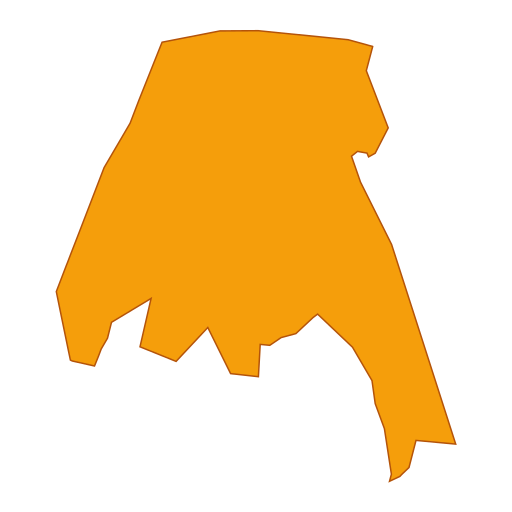 the district of Miquihuana, Tamaulipas, Mexico
{"feature_id": "50627088B38800884895264", "entity_name": "Miquihuana", "entity_type": "district", "adm_level": 2, "iso_a3": "MEX", "parent_name": "Mexico", "parent_adm1": "Tamaulipas", "projection": "albers", "projection_center": [-99.777, 23.588], "detail": "fine", "context": "isolated", "style": "filled", "palette": "amber", "viewbox_px": 512, "rotation_deg": 0, "n_neighbors": 0, "source": "geoboundaries", "source_scale": "gbopen_adm2", "svg_char_len": 933}
<svg xmlns="http://www.w3.org/2000/svg" viewBox="0 0 512 512"><path d="M138.8,100.5L130.1,123.2L122.1,136.9L104.1,167.6L79.7,231.0L71.2,252.9L67.1,263.6L66.9,264.0L56.3,291.6L60.2,310.7L68.4,350.6L70.4,360.1L72.3,361.0L94.5,366.0L98.4,356.4L101.2,349.0L107.5,338.2L111.5,322.3L151.1,298.4L140.0,346.8L176.1,361.4L207.8,327.5L230.6,373.6L233.0,373.9L235.2,374.1L258.4,376.7L260.2,344.4L269.8,345.3L281.1,337.6L295.9,333.6L313.0,317.6L317.6,314.1L352.5,347.2L372.0,380.6L375.2,403.6L384.4,428.6L391.4,474.2L389.5,481.3L399.9,476.4L401.2,475.0L402.5,473.7L409.0,467.5L416.0,440.4L455.7,444.1L391.6,244.5L360.5,182.1L351.5,156.2L357.5,151.4L367.0,153.1L368.6,156.9L375.2,153.2L388.2,127.9L366.3,70.7L372.7,46.5L372.6,46.4L368.0,45.2L367.1,44.9L348.1,39.7L320.4,36.9L282.1,33.1L258.3,30.7L237.9,30.8L224.1,30.9L220.0,30.9L189.4,36.9L182.1,38.3L162.1,42.2L161.4,43.9L138.8,100.5Z" fill="#f59e0b" stroke="#b45309" stroke-width="1.5"/></svg>